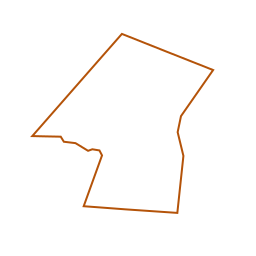 Triunfo Potiguar, Rio Grande do Norte, Brazil (Natural Earth projection), rotated 78°
{"feature_id": "56859067B26261552495963", "entity_name": "Triunfo Potiguar", "entity_type": "district", "adm_level": 2, "iso_a3": "BRA", "parent_name": "Brazil", "parent_adm1": "Rio Grande do Norte", "projection": "natural_earth1", "projection_center": [-37.141, -5.923], "detail": "fine", "context": "isolated", "style": "outline", "palette": "amber", "viewbox_px": 256, "rotation_deg": 78, "n_neighbors": 0, "source": "geoboundaries", "source_scale": "gbopen_adm2", "svg_char_len": 407}
<svg xmlns="http://www.w3.org/2000/svg" viewBox="0 0 256 256"><g transform="rotate(78 128 128)"><path d="M116.0,223.3L118.7,211.9L122.5,195.6L128.1,193.6L131.9,182.5L142.0,171.8L141.4,167.3L144.0,160.6L149.4,159.1L195.3,187.6L199.2,174.2L207.1,147.2L221.3,97.4L166.8,79.6L142.4,80.3L127.4,73.7L89.0,32.7L61.4,74.3L34.7,114.4L56.9,144.2L116.0,223.3Z" fill="none" stroke="#b45309" stroke-width="2"/></g></svg>